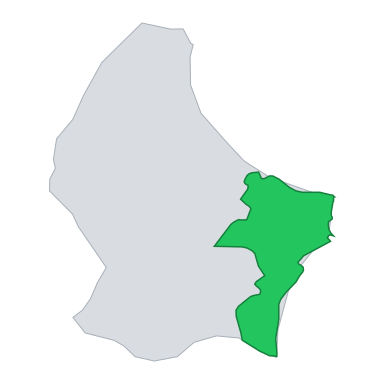 where Grevenmacher sits in Luxembourg
{"feature_id": "LUX-907", "entity_name": "Grevenmacher", "entity_type": "District", "adm_level": 1, "iso_a3": "LUX", "parent_name": "Luxembourg", "parent_adm1": "", "projection": "natural_earth1", "projection_center": [6.348, 49.652], "detail": "fine", "context": "in_parent", "style": "filled", "palette": "green", "viewbox_px": 384, "rotation_deg": 0, "n_neighbors": 0, "source": "natural_earth", "source_scale": "10m", "svg_char_len": 1862}
<svg xmlns="http://www.w3.org/2000/svg" viewBox="0 0 384 384"><path d="M193.2,44.6L190.1,57.1L190.6,85.1L201.0,113.2L225.4,140.9L244.1,161.0L269.3,177.1L311.9,192.3L328.9,195.5L331.3,216.2L328.0,238.0L313.3,250.1L299.4,267.4L289.0,288.7L278.0,329.4L276.5,357.5L251.9,345.9L239.0,338.0L216.5,335.9L194.1,342.3L177.3,356.7L154.2,361.0L135.1,356.7L123.9,345.9L113.8,340.2L85.2,333.0L72.9,317.4L82.4,310.2L90.5,298.7L97.5,282.5L106.3,267.5L78.3,226.6L72.5,214.1L49.5,190.9L49.8,179.2L55.4,168.1L53.4,159.4L56.6,138.8L72.8,119.4L83.6,95.3L101.8,62.5L141.9,23.0L170.6,29.1L183.1,28.9L190.8,43.3L193.2,44.6Z" fill="#d9dde1" stroke="#a8b0b8" stroke-width="1"/><path d="M258.6,172.1L260.8,176.9L261.2,178.5L264.1,178.7L269.6,175.9L272.9,176.0L279.1,179.2L289.6,187.5L295.8,190.8L302.2,192.3L319.8,192.3L331.1,195.0L332.5,195.1L334.5,196.8L334.4,196.8L333.6,197.4L333.5,201.4L333.0,201.7L331.3,211.9L331.2,215.2L332.2,217.3L332.1,219.1L328.5,221.7L328.3,225.8L329.1,229.7L330.8,233.0L333.5,235.9L330.3,234.9L328.6,235.6L327.3,237.9L329.8,240.3L330.5,241.3L303.6,255.8L297.9,262.4L298.6,263.9L300.9,265.3L303.1,267.1L303.5,270.2L302.5,272.3L299.7,275.7L296.0,282.0L286.5,291.8L280.9,299.0L278.8,304.2L278.8,319.0L278.1,323.5L275.7,338.7L276.9,352.9L276.8,356.3L269.5,355.7L259.8,351.2L242.3,340.3L240.8,332.5L236.3,316.6L236.0,310.3L238.5,306.3L250.3,296.8L253.1,295.6L259.8,294.3L260.7,291.5L260.1,289.3L258.2,287.5L256.2,285.9L254.8,284.2L255.5,282.6L257.0,281.1L264.7,275.7L258.4,266.0L254.9,253.7L252.3,250.9L247.3,248.1L242.3,246.9L214.3,246.3L230.9,224.4L234.0,222.0L238.6,219.6L241.2,220.0L246.7,219.8L250.9,208.8L250.2,207.4L248.1,205.6L246.4,204.6L240.6,199.2L247.7,189.1L248.0,187.5L248.1,185.4L246.2,184.4L245.0,183.6L244.2,181.7L244.9,179.5L247.0,175.6L249.1,173.8L251.8,172.8L258.5,172.1L258.6,172.1Z" fill="#22c55e" stroke="#15803d" stroke-width="1.5"/></svg>